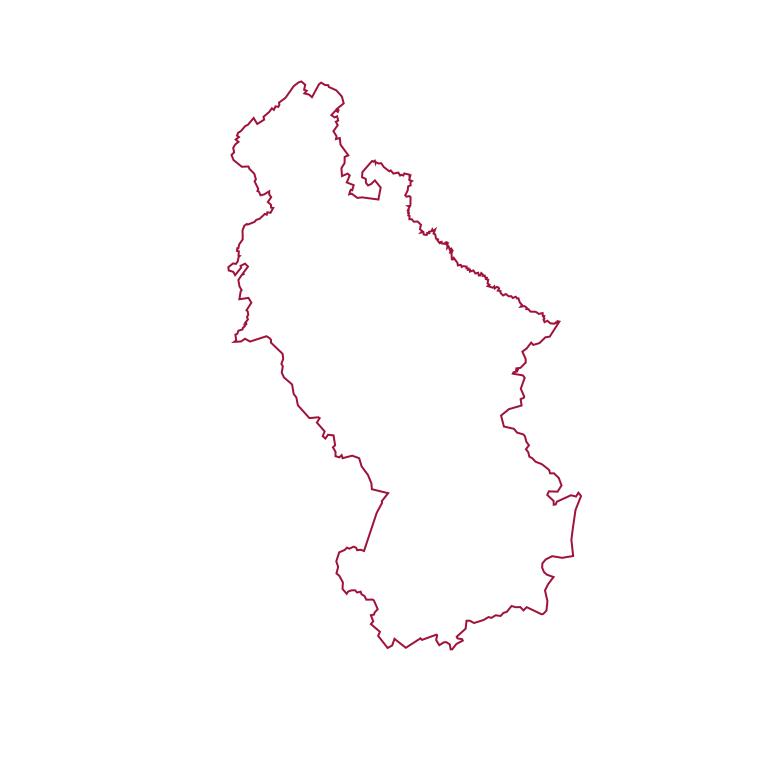 Pueblo Nuevo, Córdoba, Colombia, rotated 34°
{"feature_id": "7082276B76767712756641", "entity_name": "Pueblo Nuevo", "entity_type": "district", "adm_level": 2, "iso_a3": "COL", "parent_name": "Colombia", "parent_adm1": "Córdoba", "projection": "robinson", "projection_center": [-75.437, 8.472], "detail": "fine", "context": "isolated", "style": "outline", "palette": "rose", "viewbox_px": 768, "rotation_deg": 34, "n_neighbors": 0, "source": "geoboundaries", "source_scale": "gbopen_adm2", "svg_char_len": 6165}
<svg xmlns="http://www.w3.org/2000/svg" viewBox="0 0 768 768"><g transform="rotate(34 384 384)"><path d="M645.4,481.0L640.9,472.6L632.9,465.1L632.0,458.1L632.5,449.2L625.7,451.0L621.7,450.4L617.8,447.8L615.6,444.1L616.2,439.0L619.7,432.7L628.9,428.5L637.0,420.8L626.4,408.3L620.6,396.7L613.2,381.3L610.0,366.7L606.0,365.4L606.1,369.9L601.2,371.7L593.1,384.9L593.7,387.8L592.2,389.2L590.0,386.1L581.4,384.7L580.7,380.8L588.1,376.2L587.9,368.8L581.5,364.2L574.9,363.0L571.6,365.2L569.1,363.0L566.5,362.7L559.7,362.2L553.1,363.7L548.3,362.6L545.2,363.0L541.6,359.8L538.1,358.7L538.5,353.8L534.2,352.2L530.1,348.5L527.6,347.9L521.5,349.9L516.8,348.5L507.2,352.2L498.7,344.7L501.6,335.0L510.1,324.9L505.7,320.1L507.6,317.4L507.4,316.1L500.0,311.4L497.2,300.2L494.3,299.2L485.0,303.4L484.8,301.9L487.3,299.2L487.0,297.4L485.6,298.3L485.0,297.0L488.1,294.3L489.5,287.0L487.5,284.1L480.6,279.8L482.4,274.8L482.9,267.4L485.9,268.1L490.0,263.2L491.7,255.0L494.9,252.1L494.5,234.2L492.7,234.9L493.3,236.8L492.1,236.8L491.5,238.8L487.9,240.7L484.1,240.2L482.5,242.9L480.3,241.5L480.5,240.1L479.1,239.5L478.9,238.1L477.6,238.7L475.8,236.5L473.2,239.3L469.4,239.3L464.9,242.1L461.8,241.2L460.1,242.3L459.6,240.9L456.9,240.9L454.1,243.5L454.3,241.3L450.9,240.4L447.5,237.8L446.5,238.7L444.4,238.0L442.6,240.7L440.5,240.0L438.5,241.5L434.7,241.3L433.2,244.0L429.7,243.3L428.6,241.8L426.2,242.9L426.0,240.4L425.0,240.0L423.2,240.4L422.4,242.8L420.8,241.4L420.4,243.3L415.3,244.8L416.0,242.8L413.6,242.7L412.1,239.3L410.0,240.0L409.8,238.4L408.3,239.1L406.9,237.8L405.3,239.2L404.6,237.9L402.6,237.6L403.0,240.3L401.9,241.0L399.8,239.1L398.0,241.3L394.6,239.9L392.4,242.7L391.3,241.1L389.8,242.4L389.3,241.0L387.7,242.0L386.8,240.5L383.6,242.1L383.0,243.5L381.0,242.3L378.9,244.4L377.3,242.6L371.3,240.4L371.4,242.4L370.5,242.7L366.5,237.4L365.3,238.1L364.9,236.5L366.5,236.2L366.2,235.0L363.9,234.1L363.3,235.8L360.5,233.8L360.3,235.7L359.1,233.6L357.8,233.5L358.1,231.4L356.8,231.4L356.9,232.9L355.8,232.6L355.6,234.0L353.4,235.1L352.2,233.9L350.9,235.4L352.3,236.4L348.0,235.0L347.9,233.9L345.8,234.4L342.8,231.3L341.0,231.6L340.0,227.5L339.3,229.6L337.6,228.8L338.0,230.7L336.2,232.6L337.2,233.6L335.4,234.7L336.2,236.0L335.7,236.8L333.3,237.8L331.6,236.0L329.9,237.8L330.2,235.9L327.2,235.5L325.6,231.3L321.0,230.5L317.9,232.8L314.8,231.9L312.9,233.2L311.2,230.4L309.9,230.7L309.2,228.4L307.4,228.9L308.1,228.5L307.4,226.3L306.7,226.7L306.1,223.0L304.5,223.0L306.1,221.8L305.8,220.8L301.5,214.2L300.1,214.0L297.9,216.1L296.1,215.7L295.4,210.3L293.5,206.6L295.0,204.5L293.0,201.7L293.7,200.1L290.7,200.6L289.3,196.6L288.8,197.3L288.1,196.2L283.1,198.1L283.4,200.4L281.6,200.7L280.8,202.2L277.7,200.7L274.1,204.3L270.2,203.2L269.5,204.7L262.4,204.2L258.2,202.5L256.4,204.1L253.1,204.7L253.4,205.5L251.5,204.0L250.8,205.7L249.4,205.8L247.6,220.4L250.2,224.9L254.2,224.1L256.5,227.3L259.7,228.3L261.5,225.5L262.6,220.3L271.4,223.0L276.2,234.2L261.5,241.5L257.9,244.6L250.8,244.3L249.1,246.2L247.9,242.5L247.9,241.4L249.3,241.1L247.7,236.1L240.4,237.7L239.0,230.3L236.2,229.9L232.9,235.1L228.0,228.9L227.8,222.9L224.4,217.7L226.6,214.4L214.1,209.9L209.8,204.8L207.2,207.8L206.2,205.2L200.7,202.7L200.9,195.3L197.4,193.5L198.7,191.2L195.4,188.3L194.0,190.6L190.0,190.5L191.0,184.2L193.6,184.2L193.2,182.4L191.1,182.3L193.7,173.9L188.3,169.2L180.2,167.2L172.1,168.6L170.7,167.4L168.0,169.1L163.4,169.3L162.5,171.8L163.9,186.5L160.0,186.0L155.5,187.6L155.9,184.1L153.2,184.7L151.4,180.0L146.3,179.4L144.4,182.0L142.6,187.5L142.3,201.8L139.6,209.4L141.2,211.1L141.4,213.4L138.8,214.5L139.4,218.3L136.9,218.1L136.7,222.8L134.7,229.8L136.8,231.9L133.5,239.3L127.2,236.4L126.2,245.3L124.7,247.8L123.9,254.6L122.6,257.2L123.2,260.3L125.7,260.4L124.3,264.2L128.0,264.7L126.7,268.6L127.0,272.7L130.2,275.7L129.5,279.4L134.0,282.5L144.6,283.4L150.0,279.5L152.1,280.9L158.9,282.2L163.4,286.0L163.3,288.3L170.6,292.5L171.2,294.8L172.5,294.4L176.1,296.6L178.6,293.9L181.1,288.4L182.8,291.0L186.0,292.2L185.9,298.1L190.0,298.6L191.7,300.9L193.7,300.0L194.2,305.5L191.3,306.9L192.1,309.2L190.1,309.6L188.5,316.6L186.3,319.4L186.0,322.1L181.9,328.0L180.8,328.0L179.7,330.9L180.8,335.7L186.0,343.1L185.9,349.2L187.3,352.9L186.5,353.5L187.7,355.9L189.5,355.2L191.5,358.8L192.8,358.5L192.4,359.8L194.2,364.3L194.1,367.2L191.5,368.4L189.6,374.2L191.8,376.7L196.3,375.3L199.7,377.0L200.5,367.4L199.0,366.3L201.5,361.9L205.6,362.7L205.2,371.5L206.1,371.5L205.1,373.4L205.1,379.2L209.6,383.9L213.5,385.8L213.4,387.4L216.7,394.6L223.5,388.4L228.6,390.8L228.8,399.8L230.4,400.0L232.8,402.6L232.9,405.1L235.1,406.5L234.7,410.9L235.6,410.4L236.5,411.6L235.3,413.2L236.3,414.0L235.6,416.5L236.2,417.9L233.5,421.2L234.3,424.4L233.2,426.2L237.1,430.5L236.3,432.8L241.6,428.8L243.5,424.2L249.2,423.7L259.9,410.1L263.8,410.0L265.7,410.6L267.1,412.9L283.1,415.7L286.4,419.6L287.7,424.7L290.2,425.9L292.9,431.8L297.4,434.5L308.1,435.8L314.6,442.7L318.9,444.2L324.5,449.8L341.2,454.0L348.2,448.3L349.8,448.3L349.9,453.5L361.3,456.5L362.4,461.5L365.9,462.0L366.0,457.4L370.9,454.8L377.7,462.1L377.1,465.1L381.7,467.3L384.2,471.0L388.0,469.7L388.7,466.7L391.2,468.6L397.7,461.2L404.9,459.4L411.5,464.8L421.6,468.4L429.1,473.4L432.8,478.0L448.5,472.2L447.7,482.4L448.9,483.6L450.0,494.9L460.8,533.6L457.3,534.5L454.7,536.8L452.6,535.4L449.8,535.8L447.4,539.9L444.8,540.4L444.2,543.6L441.0,548.6L443.6,557.7L448.3,561.3L450.5,567.6L454.2,568.0L460.9,571.5L464.2,577.1L470.4,578.8L470.3,576.2L472.3,573.4L475.3,571.2L478.3,571.9L480.8,569.2L483.0,570.9L486.4,570.7L489.9,572.7L495.3,569.0L496.8,569.2L504.7,574.2L504.0,578.7L504.7,580.7L502.4,583.0L507.8,586.8L507.4,590.4L519.2,591.7L520.0,596.1L534.6,600.8L537.0,596.2L535.2,589.4L549.6,590.5L556.5,574.4L558.6,574.9L567.6,562.5L568.6,562.6L570.4,567.1L575.9,569.6L578.2,564.5L580.0,563.2L584.1,563.1L587.6,566.7L588.9,565.9L589.4,559.0L592.8,552.7L591.5,551.9L587.2,553.8L585.6,552.9L588.5,541.2L584.8,534.1L587.4,532.3L592.3,531.8L598.5,524.0L601.0,518.8L603.9,517.7L605.9,513.3L610.4,511.1L611.0,507.0L613.2,504.3L613.9,496.7L617.9,495.5L621.8,492.7L626.2,493.7L627.1,489.2L643.4,486.8L644.6,485.5L645.4,481.0Z" fill="none" stroke="#9f1239" stroke-width="2"/></g></svg>